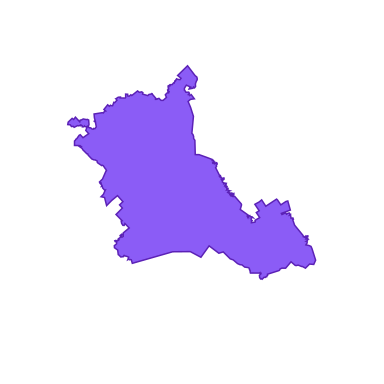 the district of Tecpatán, Chiapas, Mexico, rotated 219°
{"feature_id": "50627088B96420175301119", "entity_name": "Tecpatán", "entity_type": "district", "adm_level": 2, "iso_a3": "MEX", "parent_name": "Mexico", "parent_adm1": "Chiapas", "projection": "albers", "projection_center": [-93.585, 17.19], "detail": "fine", "context": "isolated", "style": "filled", "palette": "violet", "viewbox_px": 384, "rotation_deg": 219, "n_neighbors": 0, "source": "geoboundaries", "source_scale": "gbopen_adm2", "svg_char_len": 6072}
<svg xmlns="http://www.w3.org/2000/svg" viewBox="0 0 384 384"><g transform="rotate(219 192 192)"><path d="M270.2,141.5L269.3,141.2L268.6,141.9L267.8,141.3L268.2,140.8L266.9,140.7L266.2,140.3L266.0,139.6L265.7,140.2L264.0,138.9L260.9,138.4L260.6,138.9L259.4,134.4L259.7,131.1L256.5,132.7L249.8,127.7L249.1,134.8L247.6,142.3L239.6,141.0L240.2,136.4L236.0,135.7L236.9,126.7L228.2,125.7L228.7,124.8L226.9,123.3L224.7,122.6L223.7,123.3L224.3,125.3L218.2,124.5L219.7,117.0L217.5,114.2L218.0,112.8L219.7,113.1L219.1,115.0L220.0,115.1L220.5,112.9L219.0,112.1L219.8,109.2L219.5,108.5L218.7,108.8L218.7,108.1L219.8,106.5L220.7,106.5L221.3,105.5L220.4,105.1L219.1,105.8L218.0,104.2L218.6,101.4L217.2,99.9L213.2,100.1L209.9,96.9L209.1,97.0L206.4,96.7L204.6,98.6L204.9,99.3L204.8,100.6L204.5,99.8L202.1,101.0L200.2,101.5L199.3,99.0L198.9,100.0L197.8,100.1L197.6,100.6L196.5,101.1L193.5,99.0L169.4,133.4L155.8,144.6L144.0,146.9L144.8,160.9L132.6,161.3L130.0,165.1L120.2,164.1L117.2,165.2L111.6,165.0L109.0,165.7L107.4,166.8L103.8,166.8L100.8,168.6L99.9,168.8L98.6,168.2L98.5,167.8L97.0,167.3L96.7,166.6L95.6,165.8L88.6,171.4L88.4,172.1L87.8,171.6L87.2,172.2L86.9,171.7L87.2,169.7L85.6,168.1L84.0,167.6L83.7,168.2L82.6,168.3L82.3,171.1L81.3,171.7L81.2,172.6L80.6,173.1L80.9,173.8L80.8,174.9L81.6,175.6L75.0,185.6L74.8,186.3L75.1,187.6L74.2,189.4L71.3,191.7L71.1,200.1L65.7,199.9L64.8,200.3L63.5,202.0L59.9,203.1L59.3,203.6L55.9,204.2L55.3,210.0L51.8,212.3L53.0,216.8L63.1,223.5L65.3,224.6L67.5,224.0L70.2,222.6L70.5,224.9L71.4,226.0L72.2,225.6L71.7,226.9L72.9,228.2L72.3,228.5L72.6,228.6L73.5,228.0L73.8,228.4L74.0,228.2L73.5,227.6L74.0,227.2L74.1,227.8L75.2,228.5L75.1,229.0L74.7,228.9L75.2,229.5L74.7,229.5L74.4,230.3L73.6,229.3L73.9,230.3L74.4,230.8L75.6,229.5L75.2,229.0L75.9,228.8L75.6,228.2L75.9,227.8L76.3,228.1L76.5,227.7L77.4,227.3L78.3,228.1L91.4,230.8L96.5,234.0L96.1,234.6L97.2,235.3L98.6,234.0L100.9,236.1L101.5,235.4L101.5,236.7L102.3,236.4L103.2,236.9L104.1,235.8L104.6,234.2L106.2,234.7L107.9,231.1L109.1,231.6L104.2,239.8L111.9,245.3L113.0,243.8L114.9,237.9L120.5,239.6L121.8,239.7L125.7,227.4L132.9,229.7L133.5,226.7L135.4,222.0L128.0,219.7L129.1,216.5L123.3,214.7L125.2,209.7L124.3,208.9L124.1,208.2L126.5,205.5L127.2,206.4L127.3,207.7L128.4,207.5L130.0,209.6L128.4,210.4L129.7,210.5L131.3,209.6L132.1,210.0L132.2,209.5L133.0,209.1L133.1,208.3L132.4,207.9L132.8,207.8L132.6,207.4L133.7,207.9L133.4,208.5L134.0,208.7L133.6,209.4L143.5,208.8L145.4,213.2L146.4,213.8L156.2,215.5L156.6,214.9L157.1,214.9L157.2,214.3L158.4,213.8L158.6,213.9L158.3,214.9L157.6,215.8L157.8,215.7L158.1,216.8L158.5,217.1L158.6,215.7L159.6,216.3L160.1,216.2L161.0,216.5L160.1,215.6L161.7,215.4L159.3,215.0L160.1,214.8L159.3,214.6L159.9,214.4L159.7,214.2L159.8,213.7L160.6,214.6L160.8,214.4L160.6,213.9L161.0,213.7L161.4,214.7L161.6,214.4L161.9,214.8L162.3,214.6L162.2,215.0L164.0,214.2L164.0,214.8L162.9,215.1L164.1,215.6L163.3,216.8L164.3,216.4L165.7,216.3L166.2,215.6L166.3,217.4L166.8,217.1L166.5,216.0L167.2,215.7L166.8,216.1L167.0,217.1L168.8,217.1L167.9,217.7L168.2,218.4L169.9,218.2L170.0,218.6L170.5,218.1L170.8,220.3L172.1,219.6L172.0,219.3L172.6,218.3L173.3,219.1L174.7,218.9L175.6,220.1L175.5,220.8L176.3,220.0L177.0,220.2L176.6,221.0L175.2,221.5L175.2,222.1L176.2,223.5L176.1,223.0L176.4,222.5L176.0,222.2L176.3,221.9L178.0,221.6L178.4,221.3L178.7,221.8L179.4,221.3L179.7,221.8L179.9,221.5L180.1,221.5L179.9,221.9L180.3,222.3L180.6,222.2L180.6,222.6L181.5,222.4L189.0,225.8L189.0,227.3L189.8,227.8L190.0,229.5L190.7,230.2L191.4,230.2L191.7,228.9L192.2,229.0L192.2,228.1L192.5,228.0L192.7,229.3L193.2,229.6L193.1,229.2L193.5,228.9L194.0,227.5L194.4,227.7L194.3,228.8L195.4,230.0L196.2,229.2L196.8,230.0L201.7,228.4L210.0,225.5L213.0,223.1L222.3,234.0L224.4,234.6L225.7,236.2L227.5,237.3L229.0,237.5L238.5,251.7L246.4,256.9L252.0,259.9L251.5,263.0L248.8,265.9L253.9,267.2L254.4,265.7L254.8,266.0L256.1,265.4L256.1,267.1L257.4,267.5L259.5,265.7L261.7,266.5L262.0,266.4L263.2,267.9L263.6,271.5L259.0,272.7L259.4,271.4L259.1,270.2L256.5,273.3L256.9,274.5L255.6,274.5L255.6,276.2L257.4,278.2L258.3,280.7L258.6,282.5L259.4,283.5L260.6,284.4L262.9,284.4L274.9,287.3L276.5,273.5L272.1,273.5L272.0,271.8L273.9,270.6L275.2,270.3L275.0,268.1L274.7,268.1L274.7,267.8L275.2,267.6L274.4,265.5L275.0,265.2L275.0,263.0L276.6,261.6L275.9,260.8L276.5,259.8L277.0,260.1L277.3,259.3L276.0,258.0L275.7,258.2L274.8,256.9L275.1,256.6L274.8,256.3L275.1,255.9L274.2,255.1L273.0,255.6L272.6,254.4L273.2,254.3L273.8,252.8L273.9,250.7L271.4,249.5L272.1,245.0L273.8,243.7L276.6,244.0L277.8,242.3L277.6,242.0L278.7,241.0L278.9,241.2L278.8,242.0L284.8,243.1L285.3,243.8L285.1,242.8L286.9,240.6L287.0,239.1L292.0,237.0L292.7,238.3L294.1,238.2L295.7,236.3L297.9,236.3L299.5,229.1L300.7,229.1L301.1,226.9L302.3,226.2L303.5,227.5L305.2,226.3L303.1,223.8L303.1,222.9L307.0,219.9L307.4,220.7L309.0,219.2L309.6,217.3L309.3,216.8L309.7,216.5L308.1,216.1L308.3,212.8L309.2,212.5L308.0,209.1L309.4,208.1L310.0,208.1L310.2,206.6L312.4,206.7L312.4,200.7L310.1,200.6L310.8,199.7L310.6,197.7L311.7,197.1L317.2,191.0L314.5,188.2L311.6,186.1L313.1,185.4L311.0,185.5L307.4,182.4L307.3,180.1L308.4,179.5L308.2,178.8L309.1,178.1L311.2,178.1L312.0,177.4L313.6,177.2L314.5,179.6L317.6,182.9L319.0,182.6L319.7,181.8L322.5,180.3L323.4,178.2L324.1,177.6L323.4,175.9L329.7,176.8L329.6,173.9L331.5,173.8L332.2,168.4L331.0,166.2L328.8,167.6L326.9,167.0L325.6,168.3L324.3,168.1L322.7,171.6L321.9,171.9L321.2,172.9L320.5,173.1L320.3,173.5L320.8,173.9L320.7,174.2L318.9,174.3L318.4,173.6L317.6,174.0L316.9,175.2L317.1,175.6L316.0,175.6L315.1,176.3L314.7,177.2L313.3,173.0L309.0,172.3L310.9,165.6L314.9,166.2L315.4,165.0L315.1,160.9L315.5,159.8L315.2,158.8L315.4,157.7L312.6,154.2L308.2,157.6L306.9,157.6L307.8,156.5L304.8,156.7L303.4,156.1L297.7,155.5L297.1,156.0L295.9,155.3L290.6,154.6L288.3,155.3L287.4,156.0L285.2,156.4L284.2,155.4L283.3,155.3L278.8,155.7L278.6,156.3L277.5,156.6L274.0,155.5L273.2,155.5L272.3,154.8L271.2,154.6L272.0,154.6L272.0,154.0L269.7,145.7L270.2,141.5Z" fill="#8b5cf6" stroke="#5b21b6" stroke-width="1.5"/></g></svg>